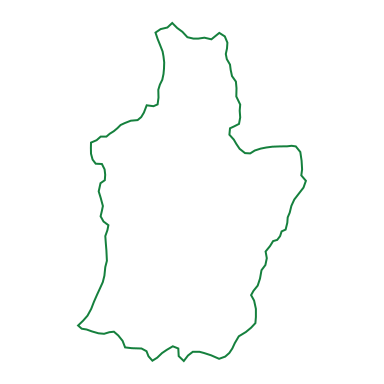 outline of Congonhal, Minas Gerais, Brazil
{"feature_id": "56859067B12775291475063", "entity_name": "Congonhal", "entity_type": "district", "adm_level": 2, "iso_a3": "BRA", "parent_name": "Brazil", "parent_adm1": "Minas Gerais", "projection": "natural_earth1", "projection_center": [-46.043, -22.132], "detail": "fine", "context": "isolated", "style": "outline", "palette": "green", "viewbox_px": 384, "rotation_deg": 0, "n_neighbors": 0, "source": "geoboundaries", "source_scale": "gbopen_adm2", "svg_char_len": 2091}
<svg xmlns="http://www.w3.org/2000/svg" viewBox="0 0 384 384"><path d="M183.8,361.0L188.0,355.5L192.8,351.8L199.5,351.8L204.0,353.0L211.1,355.3L219.1,358.8L225.2,356.6L229.3,353.0L232.3,348.5L234.8,343.1L238.8,336.3L245.9,332.0L251.1,327.7L255.4,323.1L255.9,317.0L255.9,308.9L254.1,300.6L251.1,295.1L253.5,290.8L257.7,285.6L260.0,278.6L261.5,270.2L265.4,265.0L266.8,258.2L265.6,251.5L270.0,246.1L273.1,241.1L277.2,239.9L280.1,236.1L281.6,231.4L285.6,229.6L287.3,222.8L287.7,217.4L289.7,212.7L291.4,205.8L294.3,199.5L298.7,193.8L303.5,187.6L305.9,180.8L301.3,175.4L302.1,169.4L301.6,160.8L300.3,152.0L295.8,146.4L291.6,145.8L287.3,146.3L280.1,146.4L272.4,146.7L266.3,147.5L260.7,148.6L254.8,150.5L250.2,153.4L245.0,153.1L239.6,148.8L236.3,143.9L233.8,139.6L229.4,134.7L230.0,128.3L234.1,126.4L239.0,123.9L240.2,117.4L239.7,110.7L240.2,104.6L236.3,96.5L236.5,88.2L235.9,81.6L232.0,76.1L230.7,70.0L230.0,64.6L226.8,59.1L225.8,54.0L227.0,48.4L227.4,42.7L224.8,36.4L219.3,32.9L215.6,35.9L211.4,39.3L204.4,37.7L198.2,38.6L193.4,38.6L187.4,37.2L182.4,31.8L177.2,28.0L172.2,23.0L167.4,27.5L160.6,29.1L155.5,32.6L157.6,38.9L160.3,45.6L162.6,51.5L163.5,56.5L164.2,62.4L164.0,68.6L163.5,74.0L162.3,79.7L159.9,84.6L158.3,89.8L158.5,97.6L157.6,104.4L153.5,106.2L146.7,105.3L143.9,112.6L141.2,117.1L137.6,120.1L130.8,120.7L124.7,123.1L120.6,125.0L117.4,128.2L113.8,131.2L109.8,133.7L106.4,136.6L100.7,136.6L96.6,140.2L91.0,142.6L90.9,148.0L91.0,153.7L92.6,159.6L95.7,163.7L101.9,164.0L104.6,169.4L105.2,174.8L104.8,180.2L100.5,183.2L98.7,191.4L100.7,197.9L102.9,206.0L101.9,210.8L100.6,216.3L103.5,221.5L108.4,225.2L107.4,230.2L105.3,236.1L105.8,243.1L106.4,250.4L106.9,260.8L105.3,267.0L104.4,275.7L102.8,282.1L100.1,288.1L97.1,294.6L93.9,301.9L91.2,308.9L87.5,315.7L83.0,320.8L78.1,325.5L81.7,328.7L86.6,329.5L91.9,331.4L98.5,333.3L104.1,333.8L109.4,332.2L113.9,331.7L118.3,335.5L122.6,340.9L125.1,347.4L131.9,348.2L141.5,348.5L146.5,351.2L148.5,356.3L152.4,360.7L157.2,357.7L162.0,353.1L166.7,349.9L172.8,346.3L178.3,348.5L178.7,356.1L183.8,361.0Z" fill="none" stroke="#15803d" stroke-width="2"/></svg>